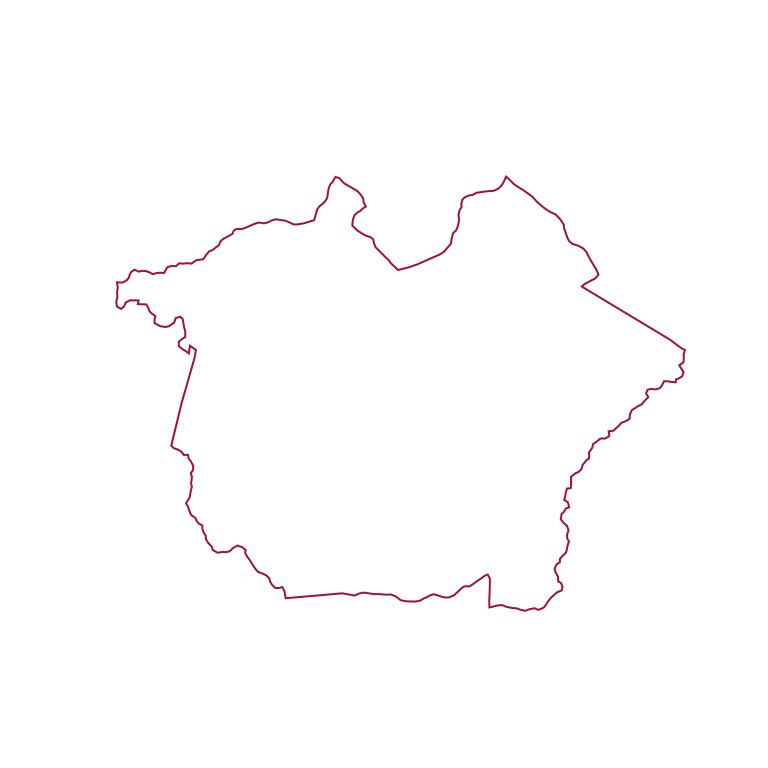 Capixaba, Acre, Brazil, rotated 286°
{"feature_id": "56859067B32196744892902", "entity_name": "Capixaba", "entity_type": "district", "adm_level": 2, "iso_a3": "BRA", "parent_name": "Brazil", "parent_adm1": "Acre", "projection": "robinson", "projection_center": [-67.828, -10.457], "detail": "fine", "context": "isolated", "style": "outline", "palette": "rose", "viewbox_px": 768, "rotation_deg": 286, "n_neighbors": 0, "source": "geoboundaries", "source_scale": "gbopen_adm2", "svg_char_len": 5001}
<svg xmlns="http://www.w3.org/2000/svg" viewBox="0 0 768 768"><g transform="rotate(286 384 384)"><path d="M569.6,280.2L564.2,279.0L561.4,277.4L557.1,276.9L552.2,277.4L547.4,278.1L543.6,277.2L540.2,275.3L537.1,272.9L533.1,271.7L522.2,271.7L516.2,262.4L514.8,259.3L513.2,255.9L512.5,252.7L513.3,248.3L513.8,244.1L513.0,238.9L512.7,235.0L510.1,230.7L507.5,228.1L505.3,224.2L504.8,219.3L502.1,215.1L497.2,209.3L495.3,206.9L493.6,204.2L492.4,199.5L490.1,197.4L486.6,196.9L484.1,194.6L481.5,191.8L479.3,189.6L476.1,187.5L471.9,187.1L468.7,184.5L465.6,182.4L463.4,179.4L458.7,177.3L454.1,175.9L451.3,169.5L446.7,165.8L445.7,160.9L444.3,157.7L443.5,153.8L439.8,151.5L439.0,147.4L436.7,143.7L433.6,142.8L430.1,142.0L429.3,138.3L427.9,134.6L425.8,131.5L426.7,127.7L426.9,124.0L426.1,120.4L424.4,117.1L425.1,112.7L422.0,110.1L418.4,109.4L415.5,109.4L412.4,107.7L409.5,104.9L408.1,99.3L403.3,101.5L398.8,102.1L394.1,103.7L389.2,104.0L384.7,106.1L383.7,110.6L386.7,112.7L391.3,113.3L394.6,117.1L395.6,121.1L396.7,125.1L393.0,125.3L393.8,129.0L395.0,133.7L392.1,136.5L389.6,138.2L388.0,140.7L386.1,145.7L383.0,145.5L379.2,146.8L377.9,153.2L378.6,158.4L380.4,161.5L385.3,165.4L389.9,165.6L392.5,169.5L391.1,172.5L388.5,173.8L384.1,175.9L379.6,178.5L374.5,180.0L371.5,177.5L368.1,175.0L363.8,176.4L361.9,180.8L360.9,184.7L359.6,188.0L367.3,186.9L364.9,193.8L357.0,194.7L353.9,194.7L309.9,194.7L266.1,196.5L264.4,199.7L264.1,204.1L263.1,207.9L260.6,211.1L261.9,215.1L258.4,216.8L256.5,219.6L252.9,223.1L248.7,224.2L245.0,222.8L242.0,224.9L238.1,225.6L235.2,225.9L232.7,227.5L228.8,227.7L225.0,228.1L221.2,228.4L217.8,227.5L214.9,226.5L212.2,229.3L208.5,231.8L204.9,234.8L203.2,239.6L200.3,242.1L198.7,244.7L198.1,248.2L194.6,249.4L191.6,251.5L188.9,254.5L185.6,255.7L182.8,258.8L180.2,263.3L177.2,265.1L176.0,270.6L178.0,275.0L178.9,278.6L180.7,281.8L184.9,284.2L188.3,287.7L188.0,292.7L186.4,296.7L183.2,297.2L180.1,300.4L177.8,303.4L174.9,306.6L171.1,311.0L168.6,314.6L168.3,319.8L167.5,323.8L165.4,327.4L162.8,328.9L160.3,331.5L158.0,335.8L158.8,339.0L160.8,342.3L157.5,345.4L153.7,347.1L151.0,348.6L162.0,377.4L171.3,401.6L172.6,414.2L175.1,417.0L177.1,420.2L178.2,423.5L178.8,429.0L179.7,434.0L180.8,437.6L181.4,440.8L182.1,444.2L183.6,448.7L182.9,454.1L180.8,459.7L181.1,464.3L181.9,468.0L183.5,474.1L186.0,478.8L189.0,481.5L190.9,484.1L193.1,486.0L195.7,489.9L195.6,494.4L195.4,498.5L195.7,501.8L196.8,505.4L200.2,509.5L204.9,512.4L208.6,514.5L211.7,517.1L213.1,522.0L215.8,524.5L218.3,526.4L221.3,528.7L224.3,531.3L227.4,533.6L229.4,536.2L226.2,539.4L220.9,540.9L214.7,542.5L204.4,545.0L198.3,546.9L200.2,550.4L202.2,553.7L204.1,558.6L203.5,563.0L204.0,568.4L204.9,573.7L204.6,578.0L204.8,582.1L207.4,585.6L210.0,590.6L209.4,594.3L211.2,597.1L213.4,599.4L216.8,600.7L220.4,601.7L224.6,603.4L227.9,605.5L231.5,607.8L234.6,611.8L238.5,611.4L241.5,609.0L242.3,605.9L246.9,604.3L250.0,601.1L253.2,598.9L258.2,599.6L261.1,602.2L264.4,601.3L268.9,603.5L272.0,605.4L275.4,605.4L279.1,605.0L283.5,605.2L286.6,602.4L289.8,601.5L294.3,601.7L298.3,598.7L300.0,594.9L302.7,591.2L308.0,590.5L311.3,592.4L314.6,593.2L316.5,596.0L321.0,593.4L322.2,589.2L326.3,589.2L329.1,588.6L333.9,588.7L335.2,592.2L338.6,591.7L342.3,590.6L346.3,589.4L350.7,592.4L353.2,595.3L356.7,597.3L361.2,597.3L366.1,599.4L368.9,601.5L371.7,601.0L374.4,599.8L377.2,600.8L380.4,601.8L383.8,601.5L387.8,604.7L391.3,607.1L392.5,611.6L396.1,615.0L400.5,613.0L402.4,617.6L405.6,619.3L408.2,621.1L411.9,622.7L415.1,626.8L418.2,629.6L422.7,628.8L427.3,629.5L429.5,631.6L432.1,633.7L435.5,637.3L440.0,639.3L444.2,641.7L447.1,638.6L450.9,638.9L452.8,641.7L453.7,646.6L456.0,650.2L459.4,651.7L463.8,652.4L464.8,655.9L465.1,659.2L466.0,663.9L469.0,663.5L470.8,666.1L473.6,668.5L477.9,668.7L481.1,665.2L483.4,662.6L487.4,665.9L491.7,665.0L495.4,663.8L499.7,663.9L500.3,660.5L501.7,656.4L505.4,646.7L530.7,552.7L532.2,547.3L535.4,549.3L539.1,553.1L543.9,558.1L548.3,560.0L552.9,556.2L559.2,549.3L563.5,545.0L566.6,542.4L569.2,538.1L570.4,533.2L570.6,526.6L572.2,522.8L575.4,519.8L583.5,514.1L586.6,513.0L591.4,507.3L594.3,502.1L595.2,496.0L596.7,491.2L598.8,486.0L601.0,481.4L604.9,475.0L606.9,469.7L608.8,464.3L610.3,458.8L612.1,453.3L614.8,448.9L617.0,444.2L613.1,443.7L608.0,442.6L603.6,440.3L600.0,436.3L598.3,431.6L596.2,426.5L594.6,423.2L593.4,420.2L590.4,417.4L588.7,413.9L586.0,410.4L583.1,408.6L578.8,408.6L575.6,409.7L571.9,408.8L567.0,409.0L563.4,410.6L559.9,411.3L554.1,411.4L551.1,410.8L548.1,408.9L545.1,408.9L541.9,409.0L537.6,409.7L534.7,408.5L527.3,405.0L523.6,401.6L519.0,396.0L512.9,388.7L508.2,383.1L502.4,374.7L497.5,366.1L500.7,359.7L502.2,357.0L504.8,353.7L506.4,350.2L508.2,347.2L510.5,343.0L513.2,338.1L516.5,335.7L520.2,333.6L521.5,330.3L521.6,325.7L522.7,320.8L524.4,315.7L527.6,309.8L533.3,308.8L538.2,309.1L541.6,311.2L543.9,313.6L546.5,314.9L549.6,317.7L552.7,314.5L556.4,312.9L559.1,310.0L561.8,306.0L563.1,301.6L564.2,297.2L565.7,290.9L567.3,287.8L569.6,284.3L569.6,280.2Z" fill="none" stroke="#9f1239" stroke-width="2"/></g></svg>